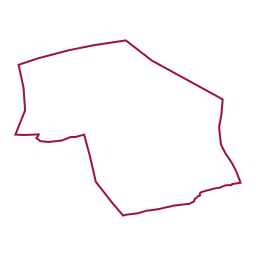 Korle Klottey Municipal, Greater Accra, Ghana
{"feature_id": "2480657B35357833911053", "entity_name": "Korle Klottey Municipal", "entity_type": "district", "adm_level": 2, "iso_a3": "GHA", "parent_name": "Ghana", "parent_adm1": "Greater Accra", "projection": "albers", "projection_center": [-0.193, 5.56], "detail": "fine", "context": "isolated", "style": "outline", "palette": "rose", "viewbox_px": 256, "rotation_deg": 0, "n_neighbors": 0, "source": "geoboundaries", "source_scale": "gbopen_adm2", "svg_char_len": 873}
<svg xmlns="http://www.w3.org/2000/svg" viewBox="0 0 256 256"><path d="M151.9,60.6L125.8,40.4L104.4,43.6L93.3,45.3L69.0,50.2L38.1,58.3L18.6,64.8L23.5,87.5L25.1,110.3L15.4,134.6L24.5,135.0L38.6,134.4L38.4,135.6L37.5,136.7L36.4,137.9L36.9,138.8L38.4,139.3L39.7,140.8L41.5,141.3L44.4,141.5L48.2,142.0L61.9,140.5L70.8,137.0L75.5,137.0L84.1,134.6L89.6,154.9L95.8,181.8L112.6,203.3L123.2,215.6L126.2,214.7L137.9,213.3L146.2,210.8L158.1,209.2L173.9,205.6L184.8,204.3L189.2,203.9L192.2,202.3L193.5,201.9L194.3,200.6L194.8,199.0L196.6,197.6L197.9,196.3L199.0,196.0L200.0,195.5L199.8,193.5L201.2,192.2L206.8,190.5L210.6,189.6L213.6,188.7L219.9,187.6L225.2,185.4L228.8,185.1L231.5,185.2L232.0,184.1L240.6,182.7L236.0,170.9L232.1,163.3L225.1,152.8L221.0,144.6L219.3,129.8L219.2,126.2L221.5,114.4L221.6,111.6L222.7,99.4L151.9,60.6Z" fill="none" stroke="#9f1239" stroke-width="2"/></svg>